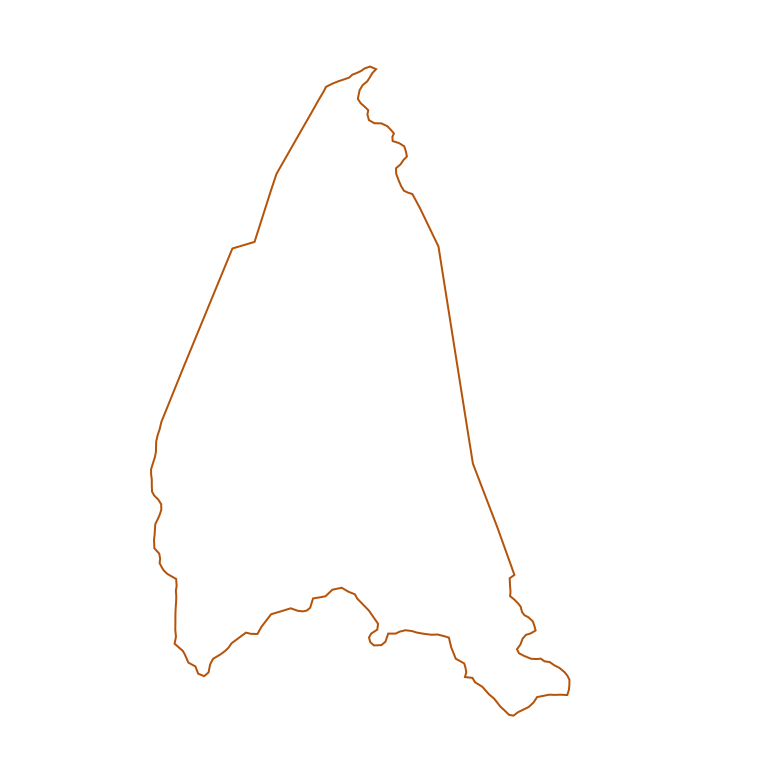 Itagimirim, Bahia, Brazil, rotated 277°
{"feature_id": "56859067B60093559467273", "entity_name": "Itagimirim", "entity_type": "district", "adm_level": 2, "iso_a3": "BRA", "parent_name": "Brazil", "parent_adm1": "Bahia", "projection": "orthographic", "projection_center": [-39.777, -16.127], "detail": "fine", "context": "isolated", "style": "outline", "palette": "amber", "viewbox_px": 768, "rotation_deg": 277, "n_neighbors": 0, "source": "geoboundaries", "source_scale": "gbopen_adm2", "svg_char_len": 2647}
<svg xmlns="http://www.w3.org/2000/svg" viewBox="0 0 768 768"><g transform="rotate(277 384 384)"><path d="M695.5,337.8L697.4,331.5L694.8,326.2L692.0,323.2L689.3,318.9L687.2,314.9L683.8,312.0L681.0,306.2L679.0,302.0L675.8,296.1L671.8,290.2L666.8,288.4L662.3,286.4L656.8,284.0L644.1,278.8L628.0,272.0L579.5,251.7L562.8,248.3L509.3,238.2L500.0,217.0L375.7,182.8L319.0,167.6L312.1,166.9L305.8,165.6L299.0,164.9L293.0,165.5L288.6,165.9L283.3,165.5L277.6,164.4L271.0,163.2L265.7,163.9L260.7,165.2L254.9,165.9L248.9,166.9L245.3,169.5L241.8,174.0L237.5,177.5L232.1,178.3L227.3,177.4L223.4,176.3L217.2,174.1L210.8,174.4L206.3,174.7L201.4,174.7L193.0,176.1L188.2,181.6L183.2,183.1L178.9,183.1L175.2,185.6L172.1,188.1L169.1,192.1L165.1,201.5L158.2,202.8L153.7,202.6L147.9,203.7L143.9,204.1L133.8,204.7L128.5,205.2L121.9,206.0L114.6,206.8L107.8,208.3L100.7,207.8L94.6,216.8L91.4,219.2L83.6,223.8L80.7,231.2L73.8,234.9L72.1,241.1L76.3,245.0L84.5,245.6L90.4,247.8L95.3,254.2L99.5,258.7L103.0,261.6L108.2,264.4L120.4,277.3L119.8,282.5L120.5,288.9L128.0,291.9L141.7,300.0L145.5,308.7L150.0,318.8L148.4,326.0L148.4,331.2L149.8,335.1L153.0,338.0L162.5,339.7L164.8,347.6L166.2,351.8L173.5,357.8L176.6,366.8L173.5,374.0L171.7,380.8L167.7,383.6L157.4,396.5L145.3,407.3L139.4,407.3L134.8,401.8L130.6,400.0L126.1,401.8L123.3,405.9L124.5,413.2L128.3,416.8L136.8,418.6L137.7,426.0L140.2,429.9L142.2,435.2L142.2,442.0L141.3,446.6L140.9,454.6L140.9,461.7L141.9,467.7L141.1,474.0L140.2,479.3L130.8,482.8L120.1,488.7L116.4,497.7L112.2,499.5L108.0,500.8L103.0,500.1L103.1,507.6L99.0,510.8L95.4,518.6L88.8,526.0L85.2,531.6L77.8,539.0L75.1,542.9L70.9,548.4L70.6,552.9L74.5,556.9L81.0,566.9L86.2,571.3L91.9,574.1L95.8,586.0L96.2,591.1L97.2,597.7L97.6,603.8L103.0,604.8L107.6,604.7L113.1,604.1L116.8,601.6L119.9,598.5L123.6,592.7L125.7,587.0L128.2,582.4L128.3,577.2L130.5,573.0L129.6,569.1L129.2,563.5L131.1,556.4L133.2,550.8L136.9,548.3L142.2,551.2L148.1,552.6L152.3,555.4L154.4,560.1L157.8,564.5L161.9,562.9L166.6,560.6L170.1,555.7L171.6,551.6L174.5,548.8L179.6,546.8L182.5,543.9L186.0,539.5L188.8,535.0L193.2,534.9L199.0,533.7L206.5,532.4L210.4,536.7L255.1,514.2L315.9,481.9L328.9,478.2L338.1,475.5L527.1,421.3L563.2,398.1L576.0,389.0L576.8,384.7L578.2,380.3L582.6,376.8L587.4,374.0L594.1,370.5L599.6,369.6L603.8,373.5L608.8,376.1L612.6,379.0L617.3,377.5L622.4,375.1L624.9,369.7L626.2,363.0L630.2,362.2L633.9,363.3L637.3,359.6L640.3,355.9L642.4,349.5L641.6,342.7L644.1,336.9L649.5,334.7L653.9,335.0L657.1,330.7L659.8,326.7L663.8,323.3L668.3,323.6L672.7,324.0L678.1,326.4L682.2,330.4L686.3,332.4L691.1,334.5L695.5,337.8Z" fill="none" stroke="#b45309" stroke-width="2"/></g></svg>